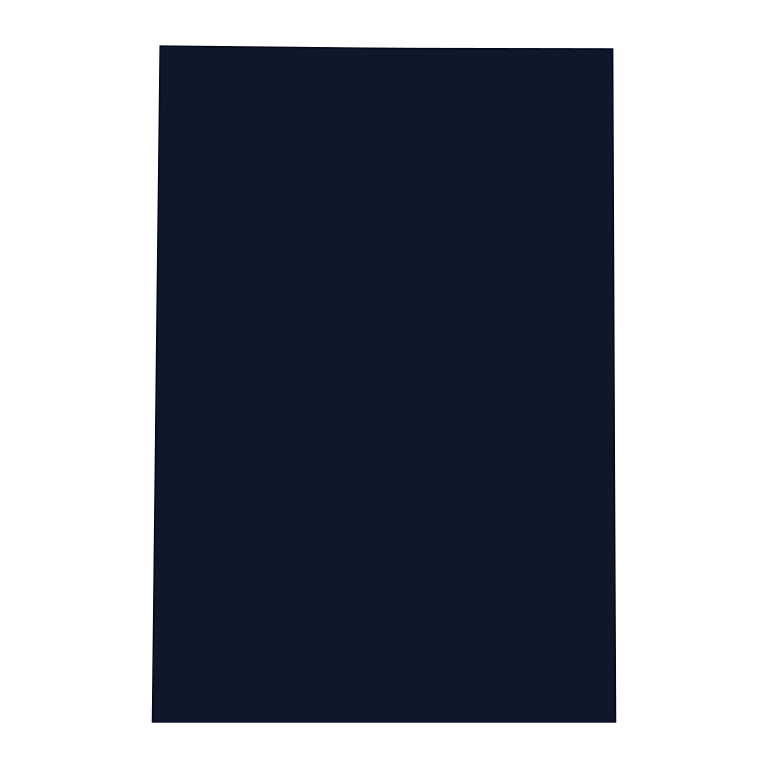 Sarmiento, Chubut, Argentina (Mercator projection)
{"feature_id": "61730980B44143601291146", "entity_name": "Sarmiento", "entity_type": "district", "adm_level": 2, "iso_a3": "ARG", "parent_name": "Argentina", "parent_adm1": "Chubut", "projection": "mercator", "projection_center": [-68.999, -45.341], "detail": "fine", "context": "isolated", "style": "filled", "palette": "ink", "viewbox_px": 768, "rotation_deg": 0, "n_neighbors": 0, "source": "geoboundaries", "source_scale": "gbopen_adm2", "svg_char_len": 271}
<svg xmlns="http://www.w3.org/2000/svg" viewBox="0 0 768 768"><path d="M160.2,46.1L156.6,353.0L155.3,473.4L152.5,721.9L390.6,721.9L615.5,721.9L614.3,463.5L614.2,435.9L612.6,49.0L417.7,48.6L359.6,48.2L160.2,46.1Z" fill="#0f172a" stroke="#020617" stroke-width="1.5"/></svg>